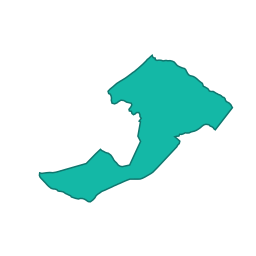 outline of Rio Tinto, Paraíba, Brazil, rotated 240°
{"feature_id": "56859067B7605196219399", "entity_name": "Rio Tinto", "entity_type": "district", "adm_level": 2, "iso_a3": "BRA", "parent_name": "Brazil", "parent_adm1": "Paraíba", "projection": "equal_earth", "projection_center": [-35.029, -6.767], "detail": "fine", "context": "isolated", "style": "filled", "palette": "teal", "viewbox_px": 256, "rotation_deg": 240, "n_neighbors": 0, "source": "geoboundaries", "source_scale": "gbopen_adm2", "svg_char_len": 2718}
<svg xmlns="http://www.w3.org/2000/svg" viewBox="0 0 256 256"><g transform="rotate(240 128 128)"><path d="M133.3,29.1L131.3,27.6L129.4,27.3L127.6,27.6L125.7,28.1L123.9,28.5L121.6,29.1L119.9,29.4L118.3,29.8L116.9,30.2L115.5,30.8L114.2,31.3L112.6,32.8L111.6,34.3L110.1,35.6L108.7,35.8L107.6,36.8L106.6,38.3L104.9,40.1L102.6,41.1L101.1,42.2L99.6,43.2L98.0,44.4L96.6,44.5L95.0,45.9L93.3,47.4L91.3,49.6L90.9,51.4L89.7,53.3L88.3,54.6L87.0,55.4L85.7,56.0L84.1,56.8L82.9,58.5L83.3,61.9L84.0,64.2L85.4,66.7L85.8,68.9L85.9,71.0L86.2,73.6L85.7,77.2L85.4,80.9L85.0,84.7L84.9,86.9L84.6,89.1L84.4,91.5L84.1,93.6L83.9,96.0L83.6,98.8L83.2,101.7L82.8,104.0L77.8,112.8L77.3,115.2L77.1,118.0L77.1,120.8L77.1,124.8L77.3,127.4L78.9,133.2L87.3,160.8L88.3,162.4L88.9,164.6L90.7,166.3L97.0,164.2L96.6,165.8L95.6,168.0L96.7,169.6L95.7,171.2L95.3,173.1L95.2,175.2L94.2,176.5L93.2,178.5L93.1,180.4L92.6,182.3L92.1,183.9L91.8,186.2L91.9,189.0L92.1,190.9L92.5,192.7L92.8,195.1L92.3,197.3L90.4,199.7L88.7,200.1L87.3,201.2L85.7,202.0L84.4,202.0L82.8,202.7L93.4,228.6L95.3,228.6L96.9,228.7L99.2,228.0L101.7,226.4L103.4,226.3L104.9,226.7L106.4,226.4L107.6,225.3L109.2,224.9L110.5,224.2L111.9,223.0L113.2,222.3L114.3,221.5L115.8,220.8L117.1,220.0L118.1,218.2L119.3,217.0L120.9,216.9L122.2,216.8L123.5,216.0L125.0,215.2L126.4,214.1L127.9,214.4L129.5,214.7L131.5,213.8L133.6,213.0L136.5,212.1L138.1,211.4L139.7,210.5L141.1,209.2L142.2,208.0L143.8,207.1L145.9,206.9L148.2,207.0L149.8,207.1L151.2,206.7L152.7,205.2L154.5,203.8L156.2,202.6L157.4,201.9L158.8,201.6L160.6,201.3L162.2,200.9L163.8,199.7L165.3,198.1L166.3,196.1L167.5,194.7L168.6,191.9L170.1,190.5L171.3,188.7L172.1,186.8L173.6,185.8L174.9,186.5L176.2,185.1L177.5,185.0L178.9,185.3L178.5,183.3L177.9,180.7L177.7,179.0L177.0,177.2L176.3,174.5L175.8,172.6L174.5,166.4L174.2,164.4L173.7,161.8L173.6,159.8L173.2,157.0L172.8,153.6L172.5,150.6L172.4,147.0L172.4,144.7L172.2,140.4L171.2,135.4L170.7,132.1L169.8,129.1L167.5,128.5L166.2,129.5L164.2,129.4L162.2,128.7L160.4,127.4L157.5,126.6L155.6,128.5L155.3,131.0L155.6,133.0L155.6,135.9L153.8,138.2L151.1,139.7L149.7,141.2L147.8,143.2L146.2,142.9L145.2,141.7L144.5,140.3L143.7,138.2L142.1,137.7L140.7,139.2L138.6,138.7L136.8,139.4L136.6,141.2L137.1,143.1L136.0,145.1L133.9,145.1L131.9,144.1L129.8,144.3L129.0,142.7L128.4,141.1L127.2,141.9L125.5,140.5L116.0,132.5L110.1,132.2L107.7,128.8L95.1,110.9L97.4,103.7L98.7,102.2L100.5,101.1L102.1,100.8L103.6,100.6L105.5,100.0L107.2,99.7L109.6,99.8L111.6,99.7L113.2,99.5L114.6,98.9L116.0,98.3L117.2,97.0L118.6,95.9L119.9,95.2L121.5,94.0L123.3,93.5L121.8,87.2L118.1,74.1L125.7,43.7L126.9,40.5L128.6,38.0L129.8,35.5L131.0,32.6L131.8,30.6L133.3,29.1Z" fill="#14b8a6" stroke="#0f766e" stroke-width="1.5"/></g></svg>